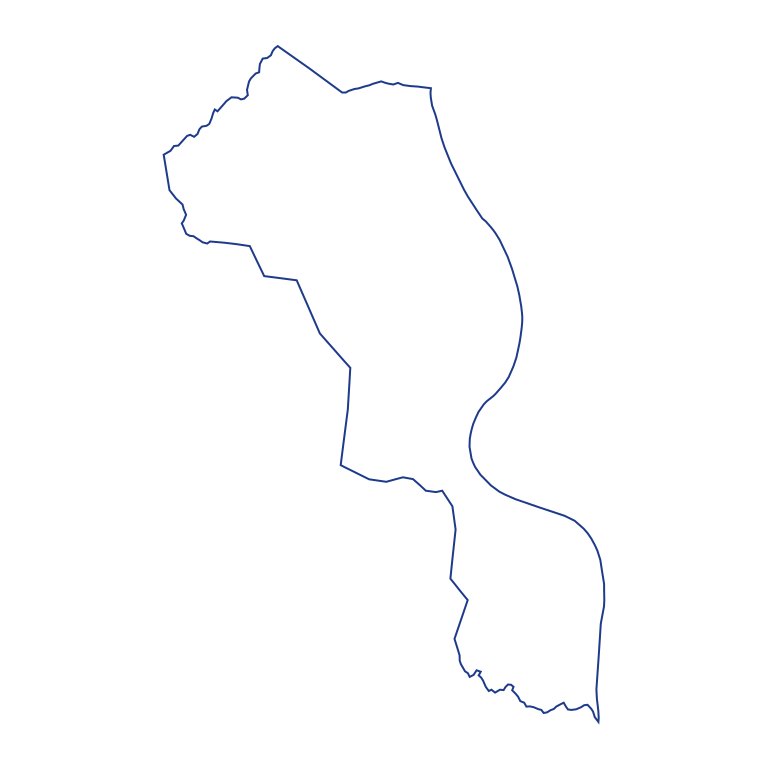 outline of Simões, Piauí, Brazil
{"feature_id": "56859067B70847117060702", "entity_name": "Simões", "entity_type": "district", "adm_level": 2, "iso_a3": "BRA", "parent_name": "Brazil", "parent_adm1": "Piauí", "projection": "equal_earth", "projection_center": [-40.73, -7.705], "detail": "fine", "context": "isolated", "style": "outline", "palette": "blue", "viewbox_px": 768, "rotation_deg": 0, "n_neighbors": 0, "source": "geoboundaries", "source_scale": "gbopen_adm2", "svg_char_len": 2955}
<svg xmlns="http://www.w3.org/2000/svg" viewBox="0 0 768 768"><path d="M163.7,154.7L169.5,190.2L176.0,198.5L182.5,204.5L183.7,209.2L186.1,214.8L183.7,220.6L181.8,223.4L184.3,229.2L186.2,233.8L189.7,235.8L193.5,236.2L196.4,238.2L199.6,240.2L202.6,242.3L207.2,243.5L210.1,241.5L224.2,242.7L236.2,244.1L249.8,246.1L257.1,261.4L264.2,276.1L275.3,277.5L296.7,280.3L302.2,292.9L319.9,333.5L344.5,361.4L350.3,367.8L349.2,386.6L347.8,409.6L343.5,443.0L340.7,465.1L344.7,467.2L369.1,479.3L380.8,481.0L386.3,481.8L396.1,479.1L402.9,477.3L413.0,479.1L420.0,485.3L425.8,490.7L436.0,492.1L442.2,490.7L452.4,506.3L455.6,529.5L452.4,559.2L450.4,578.7L454.4,583.6L459.6,590.2L467.7,600.1L454.5,638.9L456.2,644.3L458.0,650.1L459.6,655.4L459.7,660.6L460.9,664.2L463.3,668.3L465.0,671.3L467.9,673.2L469.7,676.9L473.6,674.9L476.6,670.3L480.7,671.7L478.7,675.4L481.1,677.5L483.1,680.7L485.8,686.9L488.8,691.0L491.4,689.7L495.1,692.6L500.0,689.7L503.6,690.1L505.5,687.0L508.0,684.5L511.1,684.8L513.5,686.8L512.2,690.3L515.3,693.4L518.1,696.7L520.3,701.1L524.2,702.7L526.4,706.6L530.1,706.4L534.0,707.3L538.2,709.1L541.3,709.9L543.7,713.0L547.2,712.3L550.3,710.3L553.9,708.9L556.2,706.6L560.3,704.4L563.7,702.7L565.8,706.4L568.0,709.5L571.6,709.9L576.1,709.3L580.9,707.3L584.2,705.2L587.5,704.8L591.0,708.5L593.0,711.5L594.8,717.2L598.4,721.9L598.7,717.7L598.3,710.7L596.9,698.8L596.4,689.5L598.7,656.3L600.8,623.6L604.0,606.5L604.3,600.3L604.2,593.9L604.1,589.8L604.1,584.0L601.8,569.7L600.3,559.8L597.4,550.7L594.9,545.2L591.3,538.6L587.8,533.4L583.6,528.6L574.7,520.8L564.8,515.9L539.3,507.4L515.5,499.2L505.4,494.8L499.4,491.7L491.0,485.5L480.3,474.6L475.0,466.8L473.1,462.6L471.5,458.5L469.5,446.7L469.8,438.7L470.7,433.5L471.7,429.2L473.2,424.0L475.5,418.4L478.4,412.1L483.8,404.3L486.7,401.3L490.6,398.2L493.5,395.9L495.9,393.5L500.7,388.0L505.1,382.7L508.7,377.1L510.5,373.0L513.4,366.4L516.4,357.5L518.5,347.8L519.5,343.0L520.4,337.6L521.7,327.7L522.2,322.3L522.3,317.2L522.0,313.1L521.2,306.2L520.0,299.2L519.3,295.1L517.4,286.6L512.1,269.1L507.6,256.7L499.6,239.8L495.5,233.2L493.4,230.3L490.9,227.2L485.8,221.4L482.3,218.5L479.3,214.0L477.2,210.9L467.9,196.6L464.0,189.7L451.0,163.4L444.6,147.5L441.5,138.2L436.9,120.0L435.5,115.1L432.1,105.6L430.8,97.7L430.5,93.0L430.9,88.2L422.6,87.2L418.0,86.6L410.6,86.1L403.2,85.1L398.0,82.9L393.2,84.5L388.7,83.7L385.5,82.9L381.2,81.4L372.9,83.8L369.3,85.3L365.1,86.3L358.5,88.4L354.4,89.0L348.7,90.9L345.8,92.5L342.1,92.5L309.6,68.6L277.7,46.1L274.8,48.3L272.6,51.2L270.9,55.3L267.1,58.0L262.7,58.6L259.9,64.0L259.4,68.5L259.1,72.3L255.7,73.5L253.3,75.9L250.8,78.5L249.0,81.6L247.0,89.9L247.8,95.2L244.3,98.6L241.0,99.4L237.8,97.7L231.5,97.3L226.3,101.2L224.2,103.7L217.5,111.3L214.8,109.5L213.2,113.0L211.5,118.6L209.3,123.9L206.5,125.8L201.8,126.6L199.4,129.3L197.5,134.0L194.1,136.8L190.2,134.8L187.1,135.9L183.0,140.4L178.3,145.6L174.0,146.0L170.5,150.8L163.7,154.7Z" fill="none" stroke="#1e3a8a" stroke-width="2"/></svg>